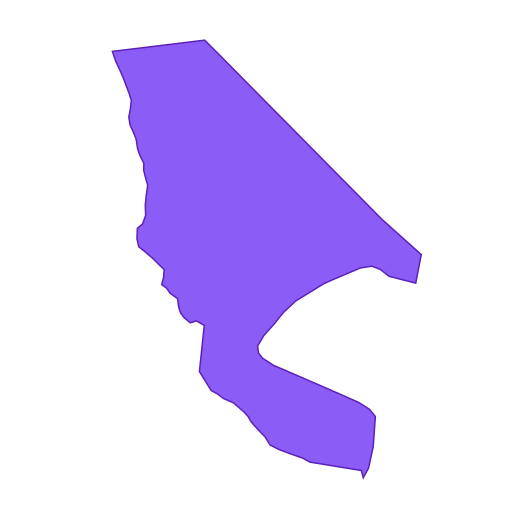 outline of Junco do Seridó, Paraíba, Brazil, rotated 96°
{"feature_id": "56859067B6318003326447", "entity_name": "Junco do Seridó", "entity_type": "district", "adm_level": 2, "iso_a3": "BRA", "parent_name": "Brazil", "parent_adm1": "Paraíba", "projection": "natural_earth1", "projection_center": [-36.749, -6.988], "detail": "fine", "context": "isolated", "style": "filled", "palette": "violet", "viewbox_px": 512, "rotation_deg": 96, "n_neighbors": 0, "source": "geoboundaries", "source_scale": "gbopen_adm2", "svg_char_len": 1169}
<svg xmlns="http://www.w3.org/2000/svg" viewBox="0 0 512 512"><g transform="rotate(96 256 256)"><path d="M266.3,94.3L237.3,91.8L206.3,134.7L62.3,310.4L46.7,329.6L67.5,420.2L76.8,416.0L84.9,411.1L92.6,406.7L101.0,402.5L107.1,399.4L114.1,396.3L122.5,396.3L131.1,397.0L138.7,395.0L145.2,391.2L152.4,387.4L161.6,385.0L167.8,382.1L175.5,377.3L182.7,376.6L188.2,374.6L197.0,371.1L207.5,371.5L217.1,371.4L227.1,370.0L236.1,372.2L240.8,376.9L251.3,376.2L259.1,373.5L263.6,366.5L269.5,358.0L274.1,352.3L279.1,345.9L287.4,345.7L294.3,346.8L297.3,341.6L302.1,337.5L306.5,329.6L315.1,327.5L320.6,325.0L325.1,320.8L329.3,314.3L326.8,308.5L330.4,300.2L376.9,300.2L394.5,286.5L397.3,279.7L401.1,273.5L404.4,263.1L412.1,252.0L416.3,247.2L421.1,243.8L425.2,239.5L429.3,234.8L434.8,228.2L442.5,222.2L446.2,212.6L449.3,200.4L452.1,188.6L455.4,180.7L458.3,128.9L465.3,126.1L455.2,121.9L433.7,119.5L403.2,120.5L396.7,127.0L390.9,138.5L381.1,169.0L362.9,227.1L356.9,238.9L352.2,243.4L345.3,245.0L334.3,239.9L321.4,230.6L309.5,223.0L296.6,211.8L276.6,185.9L272.0,178.0L257.0,151.0L254.0,139.6L256.4,130.9L262.3,121.6L266.3,94.3Z" fill="#8b5cf6" stroke="#5b21b6" stroke-width="1.5"/></g></svg>